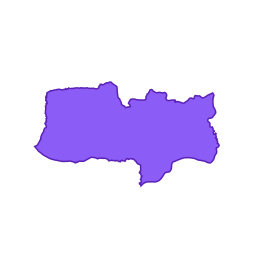 District #2, Grand Bassa, Liberia, rotated 243°
{"feature_id": "62588387B28377115536759", "entity_name": "District #2", "entity_type": "district", "adm_level": 2, "iso_a3": "LBR", "parent_name": "Liberia", "parent_adm1": "Grand Bassa", "projection": "orthographic", "projection_center": [-9.849, 6.418], "detail": "fine", "context": "isolated", "style": "filled", "palette": "violet", "viewbox_px": 256, "rotation_deg": 243, "n_neighbors": 0, "source": "geoboundaries", "source_scale": "gbopen_adm2", "svg_char_len": 5772}
<svg xmlns="http://www.w3.org/2000/svg" viewBox="0 0 256 256"><g transform="rotate(243 128 128)"><path d="M71.1,201.3L71.6,201.4L72.5,201.4L73.3,201.2L73.7,200.6L74.1,200.8L74.5,201.2L75.0,201.5L75.9,201.8L76.4,201.5L76.7,201.4L77.1,201.4L77.4,202.0L77.6,202.4L78.0,202.4L78.6,202.1L78.9,201.6L79.3,201.4L79.5,201.6L79.9,202.3L80.1,202.7L80.6,202.8L81.3,202.9L82.1,203.0L83.0,203.9L83.6,203.7L83.1,202.5L83.3,201.7L83.7,201.6L84.4,201.9L85.1,201.8L85.6,202.3L85.8,203.3L86.1,203.5L86.6,203.4L87.2,203.0L87.9,203.0L88.5,203.4L89.4,203.5L89.8,203.5L90.6,203.6L90.8,202.6L91.2,202.2L91.9,201.7L92.0,201.7L92.9,202.1L94.1,202.7L94.9,203.1L96.2,203.0L96.3,202.9L97.4,202.2L97.5,202.2L98.2,202.4L99.2,202.9L99.8,203.6L99.8,204.9L99.2,206.3L99.0,207.9L99.9,209.6L100.6,211.2L101.5,212.8L102.4,213.4L103.6,213.7L106.1,213.9L108.3,213.8L109.7,214.2L111.4,214.9L113.0,215.6L114.3,216.4L115.5,217.0L116.9,218.3L118.3,219.5L120.8,219.4L120.8,217.6L121.0,214.3L120.6,210.8L120.7,209.1L120.8,208.1L122.3,207.2L124.1,206.4L124.7,205.0L125.6,203.7L126.4,202.6L125.9,201.6L124.2,200.1L124.6,199.2L126.0,198.0L126.5,196.4L125.9,194.9L125.3,193.8L125.1,191.4L124.8,189.3L125.4,187.9L126.8,186.7L128.3,185.1L129.1,184.2L129.4,183.2L129.3,182.3L129.8,181.7L130.3,181.6L131.0,182.7L131.5,182.6L132.0,181.9L133.4,178.7L133.7,177.3L134.2,176.3L134.8,175.5L135.7,175.2L136.6,175.1L137.5,175.3L138.2,176.1L139.3,177.2L140.6,177.7L142.4,177.3L143.0,176.8L143.3,175.9L143.5,174.8L144.3,173.8L145.6,172.1L146.0,170.6L146.6,169.3L148.0,168.1L149.7,167.1L150.8,167.0L151.7,166.3L151.9,164.9L151.0,163.8L149.6,161.7L149.6,160.5L148.6,159.6L147.8,158.3L146.6,157.7L145.3,156.8L145.6,155.1L146.5,153.3L147.6,151.1L149.4,148.4L151.2,146.4L151.9,144.9L152.3,143.4L151.5,141.8L150.8,140.9L150.0,139.7L148.5,139.9L146.9,140.2L145.9,139.6L147.0,136.8L147.0,135.3L148.3,134.9L149.3,134.6L150.4,133.7L151.7,133.0L153.8,133.5L155.8,133.5L157.9,133.7L159.0,133.1L160.2,133.1L162.2,133.8L165.1,134.8L167.6,136.0L169.8,136.8L171.0,136.4L173.2,135.1L176.0,133.8L176.5,133.8L177.1,132.7L177.4,132.3L177.3,132.0L177.3,131.8L177.1,131.4L177.3,130.6L177.8,129.9L178.1,129.1L177.9,128.4L178.0,127.7L177.8,125.5L178.0,124.8L179.1,124.2L179.3,123.9L179.2,123.6L179.5,123.0L179.0,122.8L178.7,122.2L178.5,121.4L178.3,121.5L178.0,120.9L177.4,120.5L176.9,119.5L177.1,118.4L177.2,117.3L179.1,115.4L179.2,114.8L179.7,113.9L180.0,113.6L180.3,112.5L180.4,112.4L181.0,111.6L181.2,110.9L181.8,110.3L182.2,110.1L182.8,108.6L183.2,107.4L183.8,106.9L183.8,106.3L184.1,105.8L184.4,105.3L184.7,105.2L185.3,104.0L185.5,102.7L186.2,102.1L187.8,98.9L187.6,97.9L188.3,97.3L188.4,96.6L189.7,93.9L190.6,93.2L190.1,92.3L190.7,91.6L190.4,90.5L191.4,90.1L191.0,89.2L191.5,88.4L191.6,86.9L193.7,84.4L194.6,82.1L194.5,81.2L195.3,79.7L195.7,77.1L196.5,75.9L196.2,75.1L196.2,71.9L195.5,71.5L195.4,71.2L194.7,70.9L194.4,70.9L194.1,70.4L193.8,69.8L193.3,69.9L192.6,69.7L192.2,69.3L192.3,68.9L192.7,68.6L192.3,68.4L191.3,68.5L191.0,68.0L190.6,67.6L189.6,67.2L189.0,67.4L188.7,67.8L187.7,67.4L186.6,67.3L186.4,66.9L187.0,66.3L186.9,66.1L185.7,65.6L184.5,64.1L183.6,64.1L181.9,63.1L180.5,62.1L179.2,61.5L178.8,60.9L178.2,61.0L177.5,61.1L176.7,61.1L176.2,60.6L175.8,60.2L175.4,60.3L174.6,60.5L173.9,60.2L173.6,59.8L173.5,59.2L173.1,59.1L172.5,59.1L171.8,58.6L171.6,58.2L171.3,57.9L171.1,58.0L170.9,58.2L170.6,58.2L170.4,58.0L170.4,57.8L170.1,57.4L170.0,56.4L169.6,56.0L169.1,56.0L168.6,56.2L167.9,56.3L167.6,56.0L166.6,56.0L165.8,55.7L165.6,55.1L165.6,54.6L165.6,54.0L165.6,53.5L164.5,52.3L162.7,50.7L162.2,49.5L161.6,48.6L160.4,47.2L159.4,46.2L158.5,45.7L158.0,45.1L157.3,45.0L156.8,43.7L156.0,42.9L155.4,41.7L154.2,40.1L153.9,39.4L153.8,37.1L153.9,36.5L148.0,37.8L142.2,40.4L136.0,44.7L133.2,47.7L127.8,54.6L125.5,59.6L125.3,60.8L122.6,64.0L121.4,64.8L121.6,64.9L121.5,65.4L121.1,65.7L120.8,65.8L120.6,67.1L120.8,67.3L120.4,67.9L120.7,68.7L120.4,69.9L118.9,72.5L118.6,73.2L118.4,73.8L118.6,81.0L118.6,81.8L118.1,82.8L117.6,83.6L117.0,84.4L116.9,84.5L116.3,85.4L116.2,85.5L115.3,86.2L114.6,86.7L114.3,87.3L114.3,87.5L114.3,87.8L114.3,88.3L113.9,89.5L113.3,90.3L113.3,90.9L112.7,91.3L112.2,92.1L112.0,92.7L111.5,93.7L109.7,95.5L109.3,95.7L107.6,96.0L107.4,96.1L107.3,96.3L107.0,98.1L105.8,99.9L105.6,100.4L104.9,101.1L104.9,101.6L104.5,101.9L104.2,102.1L104.0,103.5L103.6,104.0L102.5,104.3L102.2,104.8L102.0,105.0L101.8,105.7L101.4,106.0L101.5,106.4L102.0,106.6L102.1,107.0L102.0,108.0L101.3,108.3L101.0,108.7L100.8,109.2L100.5,109.8L100.1,109.9L99.8,110.2L99.9,110.8L100.5,111.1L100.9,112.1L101.1,112.9L101.1,113.7L100.8,113.9L100.2,113.9L99.8,114.2L99.7,115.0L99.6,116.1L99.3,116.6L99.1,117.1L98.3,117.6L98.3,118.2L98.1,118.8L97.3,119.1L96.8,119.1L96.6,119.4L95.6,119.4L95.1,119.6L94.7,120.0L94.0,120.2L93.6,120.0L93.1,120.3L92.7,120.2L92.3,120.1L90.9,121.0L90.5,121.7L90.0,122.0L89.1,122.0L88.6,122.2L87.8,121.7L87.5,121.5L84.6,120.2L83.6,119.2L83.9,119.0L82.9,117.8L82.3,118.1L82.1,118.5L81.5,118.4L79.9,118.3L79.1,118.5L79.1,118.4L78.4,118.2L78.6,117.7L78.3,117.4L77.3,117.2L76.9,116.6L76.8,116.0L76.4,115.7L76.0,115.8L75.9,116.1L73.9,115.5L73.7,115.4L73.7,114.6L73.7,113.4L73.1,113.7L73.2,113.1L72.8,112.9L72.1,113.3L71.5,113.5L70.5,113.3L71.4,115.7L71.7,118.8L71.1,121.1L69.0,125.2L67.7,127.5L67.2,129.3L67.1,130.4L67.1,132.0L68.0,134.9L68.5,135.8L69.9,138.2L70.8,139.7L71.3,141.0L70.7,143.2L70.3,144.5L70.2,145.3L70.7,146.3L71.5,147.6L73.4,149.0L75.4,150.2L76.4,151.1L77.1,151.9L77.3,153.3L77.1,154.4L76.9,157.5L76.3,163.1L75.8,164.9L73.8,169.1L71.6,172.3L70.3,173.8L67.8,175.8L65.2,179.3L63.4,181.5L60.9,183.4L59.9,184.7L59.5,185.8L59.9,187.4L60.4,188.8L61.1,190.0L62.4,191.5L63.7,192.5L64.4,193.6L65.6,195.6L67.0,196.5L68.8,197.0L69.9,197.4L70.2,197.9L69.9,198.8L70.5,200.6L71.1,201.3Z" fill="#8b5cf6" stroke="#5b21b6" stroke-width="1.5"/></g></svg>